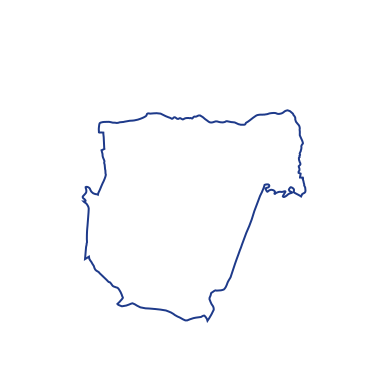 Gachancipá, Cundinamarca, Colombia (Albers equal-area conic projection), rotated 232°
{"feature_id": "7082276B66532340203009", "entity_name": "Gachancipá", "entity_type": "district", "adm_level": 2, "iso_a3": "COL", "parent_name": "Colombia", "parent_adm1": "Cundinamarca", "projection": "albers", "projection_center": [-73.877, 5.006], "detail": "fine", "context": "isolated", "style": "outline", "palette": "blue", "viewbox_px": 384, "rotation_deg": 232, "n_neighbors": 0, "source": "geoboundaries", "source_scale": "gbopen_adm2", "svg_char_len": 6042}
<svg xmlns="http://www.w3.org/2000/svg" viewBox="0 0 384 384"><g transform="rotate(232 192 192)"><path d="M205.0,66.4L204.7,68.9L204.5,71.0L202.7,70.0L201.0,69.7L198.6,69.6L196.7,69.3L194.3,69.1L191.7,68.2L190.4,68.0L189.5,68.1L188.9,68.2L186.8,69.0L186.2,69.2L185.0,69.2L175.3,70.6L173.2,70.8L172.3,71.0L171.9,71.3L171.4,71.7L170.4,71.8L169.2,71.8L167.3,71.7L166.5,71.8L165.8,72.1L163.4,73.6L162.6,74.2L161.6,74.5L160.3,74.5L158.5,74.3L157.1,74.1L154.3,73.4L153.3,73.0L151.7,72.6L151.2,72.4L150.9,71.7L150.7,70.9L150.0,67.2L149.7,64.3L149.1,64.3L148.2,64.6L146.4,65.6L145.1,66.4L144.7,67.1L143.0,70.3L142.1,73.0L141.5,75.2L141.0,76.5L140.2,77.0L138.7,77.8L136.3,78.7L132.9,80.3L129.0,83.7L126.3,86.8L122.3,91.1L118.8,94.7L114.7,98.5L112.4,99.9L109.9,101.3L107.3,102.3L105.7,102.7L105.0,103.0L102.8,103.9L100.6,105.1L97.0,106.6L94.9,107.7L93.8,109.1L93.0,111.9L91.7,115.5L90.6,117.7L88.0,122.1L87.8,123.5L87.6,124.5L87.4,125.0L87.0,125.6L86.4,125.7L85.2,125.8L82.8,125.6L82.0,125.3L81.0,124.9L81.9,127.7L83.6,132.0L84.8,134.5L85.8,136.6L87.2,137.6L88.8,138.2L91.7,138.4L93.8,138.9L95.8,139.5L96.8,139.8L97.8,140.7L98.5,142.0L99.0,142.9L99.6,143.7L100.4,144.6L100.6,145.2L100.5,146.0L100.4,148.0L100.3,149.1L99.9,150.1L99.2,150.6L98.5,151.6L96.7,154.3L96.0,155.8L95.6,157.0L95.7,158.1L96.2,159.8L97.3,162.0L98.9,164.6L99.7,166.4L101.0,169.8L109.0,181.8L111.5,185.7L114.1,189.9L116.7,194.0L118.1,196.4L119.8,199.0L126.4,209.7L129.9,216.1L133.5,222.0L135.0,224.2L138.6,229.4L141.2,233.7L147.0,243.2L148.8,246.9L151.0,250.8L152.9,253.6L152.6,254.5L151.9,255.7L151.2,256.6L150.3,257.0L149.6,256.9L149.2,256.6L148.9,256.2L148.7,255.6L148.7,255.0L149.5,252.8L149.5,252.3L149.2,252.0L148.6,251.7L147.7,251.6L146.8,251.4L146.2,251.4L145.8,251.6L145.7,252.1L145.8,252.9L145.7,253.8L145.4,255.0L144.9,255.9L144.0,256.7L143.1,257.3L142.4,257.5L141.7,257.6L141.1,257.5L140.7,257.2L140.4,256.6L140.1,256.1L139.7,256.0L139.4,256.4L139.5,257.0L139.4,258.0L139.0,259.4L138.6,260.5L138.0,261.5L136.9,262.6L136.3,263.6L135.9,264.7L135.4,265.7L135.1,265.9L134.9,265.9L134.6,265.6L133.1,261.7L132.6,260.9L132.1,260.9L131.7,261.1L131.3,261.7L131.0,262.9L130.9,264.6L131.0,266.2L130.8,267.7L130.0,269.9L129.9,270.5L130.2,270.6L130.9,270.3L131.7,269.8L132.5,269.6L133.3,269.5L134.2,269.8L134.6,270.5L135.0,271.9L135.0,272.7L134.6,273.1L133.9,273.5L132.7,273.9L132.0,274.0L131.5,273.9L130.9,273.7L129.5,272.4L128.9,272.2L128.3,272.3L126.2,273.2L124.7,273.9L122.6,274.8L121.3,275.2L121.9,276.4L122.3,277.1L122.5,277.7L122.1,280.2L122.3,281.2L123.1,282.2L125.3,283.6L126.0,284.0L127.1,284.2L128.2,284.5L128.9,285.1L130.4,285.7L132.2,286.6L133.9,287.2L133.8,287.4L134.7,288.1L135.1,288.2L136.9,286.0L137.2,286.2L137.6,286.7L138.1,287.3L138.7,288.0L139.4,288.7L139.6,288.9L140.1,288.6L141.4,287.8L141.8,288.0L142.3,288.4L142.6,289.0L142.8,289.8L143.4,290.4L144.2,291.0L146.0,291.6L146.6,292.0L146.7,292.9L146.8,293.9L147.2,294.6L148.1,295.1L149.2,295.3L150.5,295.8L151.4,296.1L152.5,296.8L153.1,297.3L153.2,298.0L153.3,298.4L154.1,298.7L154.3,298.8L154.5,299.6L154.7,300.0L155.2,300.2L155.8,300.4L156.1,300.6L157.0,302.3L157.4,303.1L157.9,303.5L158.3,304.2L159.1,305.1L159.9,305.8L160.5,306.1L161.2,306.9L161.7,308.2L161.9,309.2L162.6,309.7L164.5,310.4L168.6,311.4L170.4,311.9L173.0,314.0L174.9,315.2L175.9,316.2L177.0,316.8L178.1,317.2L179.0,317.3L181.1,317.2L183.4,317.2L185.0,317.8L185.9,318.2L186.5,318.8L187.3,319.2L188.5,319.4L190.4,319.4L191.3,319.7L191.8,319.7L195.3,319.0L196.8,318.1L197.6,317.5L198.2,316.1L198.5,314.8L198.5,312.8L198.6,311.9L198.7,311.4L199.0,310.5L199.9,308.7L200.3,308.2L201.1,307.4L202.2,306.8L203.0,306.2L203.9,305.2L205.3,303.1L206.2,301.5L207.0,299.3L208.5,296.6L211.4,292.7L212.4,290.8L212.7,289.5L212.9,285.9L212.9,281.7L213.0,279.1L213.2,277.8L213.2,276.9L213.0,276.5L212.7,275.9L212.6,275.4L212.7,274.9L213.2,274.1L214.1,273.0L214.9,271.9L215.7,271.3L216.8,270.4L220.5,268.5L221.6,267.4L222.9,266.0L226.2,263.2L226.7,262.5L226.9,261.2L227.4,260.0L227.9,259.1L229.2,257.6L230.3,256.6L232.2,255.2L233.1,254.1L234.2,251.1L235.0,249.8L236.0,248.9L237.1,248.4L239.0,247.9L241.4,247.2L244.4,246.6L247.3,245.5L247.8,244.9L248.2,244.3L248.5,243.3L248.7,242.1L249.0,241.5L249.3,241.0L249.6,240.7L250.0,240.2L250.1,239.7L250.1,239.2L249.9,238.4L249.8,237.8L249.8,237.4L250.0,237.2L250.9,236.7L251.2,236.4L251.5,235.7L251.9,235.3L252.5,234.8L253.9,232.8L254.4,231.6L254.6,230.3L254.7,229.8L255.0,229.3L255.6,229.0L256.5,228.6L257.4,228.2L257.7,227.8L258.1,226.1L258.8,225.4L261.1,224.7L261.6,224.3L261.9,223.7L261.8,221.9L262.0,221.3L262.8,220.9L264.1,220.3L265.3,219.5L267.9,218.0L273.1,215.5L275.9,212.6L277.6,210.2L279.5,207.3L280.6,206.3L281.1,205.5L281.2,204.6L280.3,203.1L280.2,202.2L280.4,200.6L280.8,198.7L281.5,196.3L282.4,193.8L284.0,190.5L285.0,188.9L286.4,186.9L288.8,182.4L289.4,181.1L291.4,178.0L292.0,176.4L292.5,175.6L292.9,175.0L293.7,174.3L294.7,173.2L295.5,172.2L296.9,171.1L298.4,169.8L301.3,165.9L302.2,164.4L302.7,163.2L302.9,162.8L303.0,162.1L303.0,161.6L302.8,161.2L302.0,160.2L300.0,158.2L299.0,157.3L296.3,155.4L295.7,155.8L294.9,157.0L293.4,158.7L292.2,157.8L289.6,156.2L280.7,149.9L279.9,149.5L280.1,148.4L280.6,146.4L277.1,144.9L275.5,143.8L274.2,143.2L270.7,142.2L270.0,141.8L269.4,141.1L269.0,140.7L267.3,140.0L263.4,137.5L262.3,137.0L259.9,135.3L258.6,134.7L257.4,133.2L256.2,131.3L254.8,128.8L254.0,127.1L252.6,124.5L250.5,120.8L248.9,117.6L247.8,116.2L248.5,115.9L249.6,114.8L250.7,114.0L252.0,113.3L253.1,113.1L254.0,112.9L255.3,113.0L257.7,113.6L258.6,113.5L259.2,113.3L260.1,112.9L260.7,112.4L261.2,111.8L261.3,111.2L260.8,110.8L259.2,110.2L258.0,109.5L257.2,108.8L256.7,108.1L256.3,106.6L255.8,103.5L255.4,102.8L254.6,102.5L253.8,102.5L252.9,102.8L251.9,102.9L250.9,102.9L250.5,102.6L250.4,102.0L250.6,101.5L251.2,100.8L250.4,100.9L248.8,101.4L248.0,101.6L246.9,101.6L245.2,101.4L243.9,101.1L242.5,100.4L239.5,97.8L230.2,89.3L227.1,86.4L225.3,84.8L222.8,82.7L219.8,80.3L217.0,78.3L216.3,77.3L215.2,76.3L214.5,75.4L213.7,74.5L206.8,68.1L205.0,66.4Z" fill="none" stroke="#1e3a8a" stroke-width="2"/></g></svg>